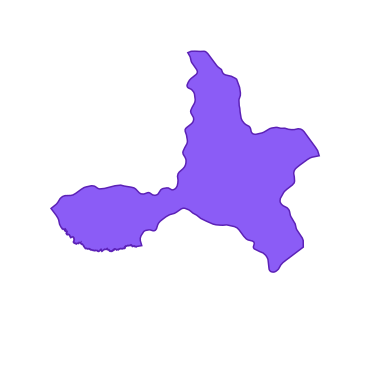 the district of Rio San Juan, María Trinidad Sánchez, Dominican Republic, rotated 233°
{"feature_id": "3306468B8616193891808", "entity_name": "Rio San Juan", "entity_type": "district", "adm_level": 2, "iso_a3": "DOM", "parent_name": "Dominican Republic", "parent_adm1": "María Trinidad Sánchez", "projection": "robinson", "projection_center": [-70.066, 19.564], "detail": "fine", "context": "isolated", "style": "filled", "palette": "violet", "viewbox_px": 384, "rotation_deg": 233, "n_neighbors": 0, "source": "geoboundaries", "source_scale": "gbopen_adm2", "svg_char_len": 5856}
<svg xmlns="http://www.w3.org/2000/svg" viewBox="0 0 384 384"><g transform="rotate(233 192 192)"><path d="M144.4,315.4L149.3,317.2L152.9,317.5L172.8,317.8L174.9,317.5L176.8,316.7L178.6,314.9L180.3,311.2L182.0,308.9L184.0,306.8L187.0,304.6L189.5,301.2L192.2,299.0L193.0,298.1L195.1,294.2L195.8,292.3L196.5,285.7L197.0,283.6L199.7,277.6L201.0,276.2L202.1,275.6L203.3,275.4L204.6,275.6L207.1,276.8L208.8,277.2L210.1,277.1L213.3,275.6L215.3,275.1L218.7,275.0L221.3,275.6L227.0,278.6L230.2,280.6L232.6,281.7L236.7,284.5L237.6,285.2L240.0,288.7L242.0,290.3L247.0,293.0L255.2,295.5L256.8,295.0L260.7,293.1L265.5,289.1L267.3,288.3L269.1,288.3L272.1,289.2L275.8,288.1L277.9,287.8L292.9,287.9L294.9,287.6L296.1,287.2L297.1,286.4L299.3,283.2L302.7,279.1L304.9,276.0L305.8,272.5L301.1,271.9L297.1,270.1L295.7,269.7L287.4,269.4L286.1,269.2L284.8,268.7L283.9,267.7L283.4,266.4L283.2,259.5L282.8,257.2L281.8,254.8L280.3,252.3L279.3,251.7L278.2,251.5L277.1,251.8L274.7,253.1L273.4,253.4L270.8,253.5L268.9,253.0L263.9,250.2L262.5,248.9L261.4,247.3L259.5,243.0L258.0,240.3L257.2,239.4L255.6,238.7L250.6,238.0L248.9,237.0L247.7,235.5L247.1,234.2L246.8,231.9L246.7,226.5L246.5,225.1L245.9,224.0L244.4,223.0L240.9,221.9L236.4,219.6L234.8,218.5L233.6,217.0L231.7,212.7L229.9,209.4L229.1,208.5L227.5,207.7L223.7,207.3L221.8,206.8L220.6,206.1L218.9,204.7L217.5,203.0L216.5,201.0L216.0,198.8L215.6,193.8L214.9,191.8L213.3,189.9L209.9,188.0L207.7,186.1L205.8,183.9L204.9,181.9L204.7,179.8L205.2,178.0L206.0,177.1L209.4,175.6L210.5,174.3L212.2,171.0L212.5,169.7L212.5,168.3L210.8,163.6L210.9,162.2L211.6,160.4L213.4,158.8L216.7,157.7L217.6,157.1L218.2,156.1L219.1,153.1L219.6,152.0L221.3,150.1L223.1,149.4L228.4,148.8L230.3,148.1L232.6,146.2L237.5,141.5L240.4,139.2L243.3,134.3L247.5,124.3L250.1,120.0L251.5,119.0L254.3,118.1L255.4,117.6L256.8,116.3L257.6,115.3L259.8,110.5L260.5,108.5L260.8,105.3L260.9,98.2L261.3,95.1L262.2,93.1L265.5,88.4L266.2,86.3L266.3,84.9L266.1,82.7L264.4,78.4L263.9,76.3L263.7,69.5L255.2,69.5L251.8,69.2L249.9,68.7L245.9,66.8L243.1,66.3L240.8,66.2L240.8,66.5L240.0,66.5L240.0,66.8L239.5,67.1L239.5,67.4L238.9,67.7L238.9,68.6L238.2,68.6L238.2,68.3L237.9,68.3L237.9,67.4L237.6,67.4L237.6,67.1L236.6,67.4L236.6,67.7L236.3,67.7L236.3,68.3L235.8,68.6L235.5,68.0L235.3,68.0L235.0,67.4L234.7,67.4L234.7,66.8L234.5,66.5L233.4,66.5L233.4,66.8L232.9,66.8L232.9,67.4L232.6,67.4L232.4,67.9L231.6,68.0L231.6,68.3L231.1,68.3L231.1,68.0L229.5,68.0L229.5,67.7L228.4,67.7L228.4,69.2L228.2,69.2L227.9,69.8L227.4,69.8L227.4,70.1L226.1,70.1L225.8,69.5L225.0,69.5L224.8,68.9L224.5,68.9L224.2,68.3L224.0,68.0L223.7,68.0L223.7,67.4L223.5,67.1L222.4,67.1L222.4,67.4L221.6,67.4L221.4,68.0L220.8,68.0L220.8,68.3L220.3,68.3L220.3,68.6L220.0,68.6L220.0,69.8L219.5,70.1L219.5,70.7L219.2,70.7L219.5,71.3L219.2,71.3L219.2,71.9L218.7,72.2L218.7,72.5L218.5,72.2L217.4,72.2L217.4,72.5L216.6,72.5L216.6,72.8L216.1,72.8L216.1,73.1L213.7,73.1L213.7,72.8L211.1,72.8L211.1,73.1L210.8,73.1L210.6,73.7L210.3,73.7L210.3,74.0L209.3,74.3L209.3,74.9L209.0,74.9L209.0,75.2L208.5,75.5L208.5,75.8L208.0,75.8L208.0,76.1L207.2,76.1L207.2,76.4L206.6,76.4L206.4,77.0L205.9,77.0L205.6,77.6L205.1,77.6L204.8,78.3L204.5,78.3L204.5,78.6L204.0,78.6L204.0,78.9L203.5,79.2L203.5,79.8L203.2,79.8L203.0,80.4L202.7,80.4L202.4,81.0L201.9,81.0L201.9,81.3L201.1,81.3L200.9,81.9L200.6,81.9L200.6,83.7L201.1,84.0L201.1,84.6L200.9,84.6L200.9,84.9L199.8,84.6L199.8,84.3L198.8,84.3L198.8,84.9L199.0,84.9L199.0,87.0L198.8,87.0L198.8,87.9L198.5,87.9L198.2,88.5L197.7,88.8L197.7,89.1L198.0,89.1L198.0,90.3L196.9,90.3L196.9,90.0L196.4,90.0L196.4,90.3L196.1,90.3L195.9,91.0L195.4,91.0L195.4,90.6L194.6,90.6L194.6,91.0L194.0,91.0L193.8,91.6L193.3,91.6L193.3,92.2L193.0,92.2L193.0,92.8L192.7,92.8L192.7,93.7L192.5,94.3L193.3,94.3L193.3,95.5L193.0,95.5L193.0,96.1L192.7,96.1L192.5,96.7L191.4,96.7L191.4,97.0L191.1,97.0L191.1,97.6L190.9,97.6L190.6,98.2L190.4,98.2L190.4,98.5L190.1,98.5L190.1,99.4L190.4,99.4L190.1,100.6L189.8,100.6L189.6,101.2L189.3,101.2L189.3,101.5L188.8,101.8L188.8,102.1L188.5,102.1L188.3,103.4L188.0,103.4L188.0,103.7L187.5,104.0L187.5,104.3L187.5,104.9L187.7,105.2L188.5,105.2L188.5,105.8L188.8,105.8L188.8,106.7L188.5,106.7L188.3,107.3L188.0,107.3L188.0,108.5L187.7,108.5L187.5,109.1L187.2,109.1L187.2,109.7L186.7,110.0L186.7,110.3L186.4,110.3L186.4,110.9L186.7,110.9L186.7,111.2L186.4,111.2L186.4,111.5L185.9,111.5L185.9,111.8L185.1,111.8L185.1,111.5L184.6,111.5L184.6,111.8L184.3,111.8L184.3,112.4L184.1,112.4L184.1,112.7L183.5,113.0L183.5,113.3L183.3,113.3L183.3,113.6L182.7,113.6L182.5,114.2L182.0,114.2L182.0,114.5L181.7,114.5L181.7,115.2L179.4,119.6L184.2,121.4L186.3,122.9L187.8,125.1L189.5,129.8L189.3,131.6L187.7,134.8L187.0,135.7L184.4,137.6L183.8,138.5L183.5,139.7L184.0,141.5L186.4,144.8L187.3,146.7L187.8,149.0L187.9,152.2L187.9,156.3L187.5,159.4L187.2,160.9L185.5,165.2L185.2,167.6L185.0,173.0L184.7,174.4L184.1,175.6L183.3,176.5L179.7,178.7L177.9,179.3L174.7,180.0L170.7,181.8L165.6,183.1L159.9,186.0L153.7,189.5L151.4,191.4L148.8,194.3L146.9,196.6L144.9,199.9L138.8,205.1L136.3,206.4L133.5,206.8L125.5,206.7L121.9,207.1L120.0,207.9L116.4,210.8L114.8,211.3L113.8,211.0L113.0,210.3L111.2,207.9L110.2,207.5L109.1,207.5L103.7,210.2L100.5,212.1L97.1,212.8L94.4,212.6L92.4,212.1L84.8,207.6L83.7,207.0L82.5,206.8L81.2,207.0L80.1,207.7L79.2,208.6L78.5,209.8L78.2,211.2L78.2,212.6L78.4,214.7L80.3,219.0L80.9,222.0L81.0,226.0L81.0,247.7L86.3,251.6L88.9,252.4L99.0,253.0L100.4,253.4L104.4,255.2L113.1,256.2L114.4,256.6L117.8,258.2L119.0,258.6L121.0,258.6L122.3,258.4L126.2,256.5L128.1,256.1L129.4,256.1L130.7,256.3L131.9,256.9L133.7,258.7L136.4,264.8L136.8,266.2L137.1,269.3L137.2,276.4L137.8,279.1L139.0,280.5L142.5,282.8L145.3,284.2L146.3,285.0L147.5,286.5L148.3,288.6L148.5,291.0L148.6,294.2L148.5,303.3L148.2,306.5L147.6,308.7L144.4,315.4Z" fill="#8b5cf6" stroke="#5b21b6" stroke-width="1.5"/></g></svg>